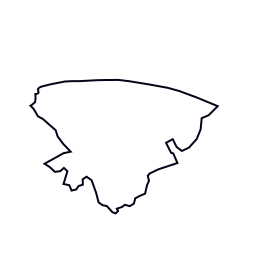 the district of Nishan, Kashkadarya, Uzbekistan, rotated 156°
{"feature_id": "79887680B39289348705167", "entity_name": "Nishan", "entity_type": "district", "adm_level": 2, "iso_a3": "UZB", "parent_name": "Uzbekistan", "parent_adm1": "Kashkadarya", "projection": "equal_earth", "projection_center": [65.65, 38.476], "detail": "fine", "context": "isolated", "style": "outline", "palette": "ink", "viewbox_px": 256, "rotation_deg": 156, "n_neighbors": 0, "source": "geoboundaries", "source_scale": "gbopen_adm2", "svg_char_len": 1106}
<svg xmlns="http://www.w3.org/2000/svg" viewBox="0 0 256 256"><g transform="rotate(156 128 128)"><path d="M126.8,77.6L117.1,77.9L97.1,75.9L97.0,86.4L98.7,87.8L99.3,99.0L91.7,99.6L91.3,90.9L88.1,85.1L80.2,85.3L69.7,90.0L62.2,97.2L56.7,107.0L49.1,106.9L41.4,109.8L37.2,111.5L52.6,127.7L66.0,140.8L75.3,148.5L89.5,158.2L107.3,169.9L117.0,175.7L127.2,180.2L136.4,184.1L152.9,190.4L159.4,193.3L166.6,196.1L180.4,199.3L190.0,201.0L192.6,201.0L194.5,200.1L195.3,196.8L195.9,196.3L197.6,196.3L198.8,196.7L200.3,192.9L202.4,189.4L207.3,188.0L208.0,188.0L206.5,184.0L205.5,175.3L202.0,170.7L199.3,164.7L195.0,155.4L195.7,148.8L193.6,139.6L190.0,129.7L197.2,131.2L218.8,129.3L215.4,124.2L212.6,117.7L207.4,116.1L202.8,117.6L200.9,113.2L204.4,109.1L209.7,103.1L204.9,99.6L205.0,93.8L200.4,92.9L196.7,95.1L192.3,94.6L190.3,99.5L185.7,100.4L182.5,95.1L183.5,81.8L185.1,72.0L182.7,67.9L179.1,65.3L176.5,57.5L174.1,55.0L170.8,56.3L171.0,58.8L165.6,58.3L162.1,59.1L158.2,55.9L153.4,56.5L150.0,60.8L144.4,61.2L139.1,61.1L133.8,68.1L130.3,71.2L129.4,76.3L126.8,77.6Z" fill="none" stroke="#020617" stroke-width="2"/></g></svg>